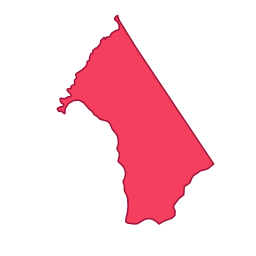 map outline of Kolda (Natural Earth projection), rotated 236°
{"feature_id": "SEN-774", "entity_name": "Kolda", "entity_type": "Region", "adm_level": 1, "iso_a3": "SEN", "parent_name": "Senegal", "parent_adm1": "", "projection": "natural_earth1", "projection_center": [-14.005, 13.12], "detail": "fine", "context": "isolated", "style": "filled", "palette": "rose", "viewbox_px": 256, "rotation_deg": 236, "n_neighbors": 0, "source": "natural_earth", "source_scale": "10m", "svg_char_len": 3129}
<svg xmlns="http://www.w3.org/2000/svg" viewBox="0 0 256 256"><g transform="rotate(236 128 128)"><path d="M226.9,182.3L222.5,180.9L190.5,179.6L155.5,179.4L129.7,179.3L120.4,179.2L85.4,179.1L77.4,179.0L50.3,178.9L49.6,171.8L50.4,168.4L51.9,164.7L51.9,159.3L51.9,155.2L50.2,151.8L48.1,149.1L47.8,145.0L48.1,142.0L44.7,139.3L41.5,136.9L41.2,134.2L40.9,130.4L38.9,124.3L37.4,121.6L32.8,120.6L29.3,117.9L28.7,113.8L29.9,109.4L30.8,105.0L31.1,100.0L34.3,99.3L37.5,97.9L40.4,95.8L42.4,92.7L43.0,89.6L43.4,82.4L44.8,79.8L47.0,77.2L49.1,74.8L51.3,73.7L54.0,75.7L58.5,80.5L63.4,84.6L69.9,88.4L73.2,89.4L77.0,89.7L78.5,90.2L81.8,92.5L83.6,93.2L85.6,93.6L86.7,94.4L88.6,97.6L91.4,100.4L94.7,102.0L98.3,102.5L102.0,102.0L105.2,101.1L106.3,101.5L109.1,104.5L110.0,105.5L111.3,106.4L112.8,106.8L115.9,107.0L117.2,107.4L118.3,108.7L119.1,109.9L120.0,110.8L121.0,111.7L124.6,113.8L127.2,114.6L129.9,114.9L135.5,114.3L140.9,115.4L143.7,115.3L145.9,114.1L150.6,110.0L152.1,109.3L153.8,109.3L158.1,107.5L162.0,107.5L166.0,106.3L173.5,105.5L178.4,103.1L181.2,98.2L181.6,92.3L179.2,86.8L178.2,85.9L175.9,84.3L175.3,83.7L176.5,83.0L177.4,82.6L178.5,82.4L179.1,82.3L179.4,81.9L179.7,81.4L179.8,80.8L180.1,80.3L180.5,80.0L181.0,79.9L182.0,80.0L183.1,80.0L183.6,80.2L183.8,80.6L183.7,81.3L183.4,82.5L183.4,83.6L183.3,83.9L183.3,84.1L182.9,84.7L182.6,85.2L182.4,85.7L182.4,86.4L182.7,87.1L183.3,87.7L183.9,87.8L184.4,87.6L185.3,87.0L185.8,86.8L186.4,86.7L187.0,86.7L187.5,86.8L189.0,87.5L190.0,87.8L190.3,88.0L190.4,88.3L190.2,88.9L189.9,89.4L188.1,91.4L187.9,91.9L187.7,92.4L187.5,93.0L187.5,93.7L187.5,94.4L187.5,95.1L187.4,95.7L187.1,96.2L186.9,96.7L186.5,97.1L186.3,97.5L186.2,98.0L186.4,98.6L187.0,99.0L187.6,99.2L188.2,99.3L188.8,99.3L189.5,99.2L191.9,98.7L193.2,98.7L193.7,98.9L194.1,99.3L194.0,100.0L193.8,100.6L192.9,102.0L192.8,102.5L193.0,103.0L193.6,103.4L194.1,103.8L194.5,104.3L194.5,105.2L194.4,106.0L194.1,107.2L194.2,107.9L194.6,108.5L195.6,109.3L197.0,109.9L197.4,110.3L197.7,110.9L197.9,111.8L198.1,112.7L198.4,113.4L199.1,114.0L199.7,114.1L200.9,114.1L201.4,114.4L201.7,114.9L201.9,115.7L202.0,118.2L201.9,119.1L202.0,120.9L201.8,121.6L201.7,122.2L201.8,122.9L202.2,123.8L202.3,125.7L202.5,126.8L203.2,128.5L204.5,130.2L205.1,130.7L205.6,131.0L205.9,131.5L206.0,132.2L205.9,132.9L205.9,133.6L206.1,134.2L207.6,135.3L208.7,136.6L209.5,137.7L210.2,138.5L210.4,138.9L210.2,139.6L209.9,140.1L209.8,140.6L210.0,141.1L210.7,141.4L211.3,141.6L211.7,141.9L211.9,142.3L212.3,145.8L212.1,146.5L211.8,147.0L211.7,147.4L211.9,148.1L212.4,148.9L212.7,150.7L213.0,151.6L214.0,152.8L215.3,153.9L215.7,154.3L216.1,157.1L216.5,157.9L216.4,158.7L216.0,158.9L215.4,158.9L214.9,158.9L214.5,159.0L214.6,159.3L215.1,159.8L215.4,160.3L215.3,160.9L215.1,161.4L214.5,162.4L214.3,163.0L214.1,163.5L214.2,164.2L214.4,165.0L215.1,165.9L215.4,166.9L215.7,167.6L215.8,168.3L215.5,172.6L215.4,173.2L214.9,174.2L214.8,174.8L215.0,175.5L215.6,176.4L216.4,177.1L217.7,177.8L218.7,178.3L220.0,178.5L222.3,178.5L223.3,178.3L224.1,177.9L224.6,177.7L225.1,177.6L226.5,178.3L227.3,180.5L226.9,182.3L226.9,182.3Z" fill="#f43f5e" stroke="#9f1239" stroke-width="1.5"/></g></svg>